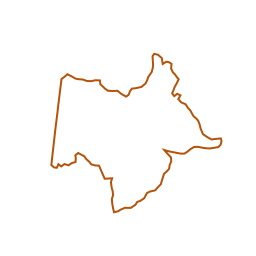 the district of Corumbataí do Sul, Paraná, Brazil, rotated 219°
{"feature_id": "56859067B3093140502947", "entity_name": "Corumbataí do Sul", "entity_type": "district", "adm_level": 2, "iso_a3": "BRA", "parent_name": "Brazil", "parent_adm1": "Paraná", "projection": "albers", "projection_center": [-52.152, -24.127], "detail": "fine", "context": "isolated", "style": "outline", "palette": "amber", "viewbox_px": 256, "rotation_deg": 219, "n_neighbors": 0, "source": "geoboundaries", "source_scale": "gbopen_adm2", "svg_char_len": 1697}
<svg xmlns="http://www.w3.org/2000/svg" viewBox="0 0 256 256"><g transform="rotate(219 128 128)"><path d="M85.8,53.7L83.3,57.1L82.3,60.0L80.2,64.0L75.6,67.6L73.9,73.0L74.3,76.3L72.7,79.0L71.2,83.5L72.3,89.4L71.1,92.2L67.7,96.6L67.4,101.9L67.1,104.9L69.0,109.6L71.2,115.0L70.5,119.2L70.4,122.3L72.1,125.0L73.5,129.4L76.1,132.2L80.8,132.8L85.9,133.7L81.5,135.6L71.0,141.2L68.0,143.7L66.9,147.1L66.1,151.0L64.7,154.8L61.8,157.4L56.6,160.1L54.0,161.8L51.3,163.8L45.8,170.0L45.5,173.2L46.9,176.5L49.3,178.3L53.3,174.4L55.8,171.7L60.6,170.8L65.9,170.4L71.1,173.2L75.0,176.1L78.2,177.9L81.2,178.3L84.5,178.4L87.6,179.6L90.5,180.8L93.9,181.3L98.3,182.7L102.8,181.4L107.1,182.1L107.8,186.4L111.3,185.5L112.1,181.9L115.5,182.7L116.4,185.9L117.5,189.1L118.3,193.6L119.3,197.8L122.2,198.3L125.0,199.2L128.1,199.5L132.0,201.4L134.5,205.2L137.4,205.0L140.0,203.6L141.3,199.6L145.7,203.6L150.8,203.8L154.3,202.1L154.1,199.2L151.5,196.4L148.2,192.8L146.5,190.2L144.8,186.3L144.4,180.5L143.1,177.0L142.4,173.6L143.4,168.4L147.2,163.6L149.8,161.0L149.5,157.4L148.4,154.3L149.2,151.2L154.5,150.3L159.6,150.3L163.2,147.1L166.9,144.4L169.9,144.1L177.0,144.6L179.7,147.3L183.2,144.8L186.1,141.2L189.5,138.7L193.7,137.2L197.6,134.5L200.1,133.3L202.9,132.9L208.9,131.7L209.5,128.1L210.5,124.2L195.7,100.5L193.5,97.1L182.7,79.8L164.3,51.0L160.7,50.8L158.3,52.3L159.3,56.1L155.7,56.1L154.7,60.0L150.7,61.6L149.7,65.2L147.4,68.5L149.4,71.5L151.7,73.6L151.0,77.2L146.9,78.0L144.2,78.5L141.0,77.6L136.9,77.4L133.7,76.6L129.6,78.4L126.9,80.5L117.8,75.8L114.2,73.9L108.7,78.9L107.2,75.2L103.1,71.3L100.2,69.3L97.2,66.2L95.9,62.7L93.3,60.0L91.3,58.1L88.8,56.0L85.8,53.7Z" fill="none" stroke="#b45309" stroke-width="2"/></g></svg>